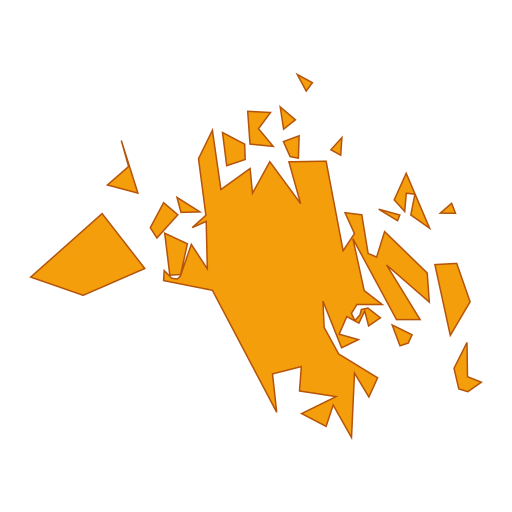 the district of Cat Hai, Quảng Ninh, Vietnam
{"feature_id": "81297802B5756602808944", "entity_name": "Cat Hai", "entity_type": "district", "adm_level": 2, "iso_a3": "VNM", "parent_name": "Vietnam", "parent_adm1": "Quảng Ninh", "projection": "equal_earth", "projection_center": [107.044, 20.763], "detail": "medium", "context": "isolated", "style": "filled", "palette": "amber", "viewbox_px": 512, "rotation_deg": 0, "n_neighbors": 0, "source": "geoboundaries", "source_scale": "gbopen_adm2", "svg_char_len": 1942}
<svg xmlns="http://www.w3.org/2000/svg" viewBox="0 0 512 512"><path d="M212.4,130.3L198.5,158.7L205.9,215.3L192.2,227.6L206.2,221.4L207.3,268.8L191.3,244.4L180.3,276.3L177.2,279.0L171.8,278.3L164.2,270.6L163.6,280.6L212.4,290.3L276.7,412.3L272.5,373.9L301.3,366.6L299.5,391.0L336.1,396.6L301.6,413.6L326.1,426.4L333.2,405.1L351.5,437.5L354.5,373.2L368.9,397.0L377.6,377.8L338.7,354.0L324.1,327.4L323.0,301.2L341.6,347.8L358.4,339.6L339.1,334.2L346.8,316.6L358.9,323.1L364.7,311.0L368.6,325.9L380.4,317.8L367.9,308.1L361.4,309.5L360.0,314.8L354.9,320.6L351.4,313.4L356.9,304.5L382.2,304.5L364.2,290.6L352.9,238.7L396.5,319.6L420.1,319.6L386.6,265.0L429.3,302.1L427.2,273.0L384.6,231.6L376.6,257.1L368.1,253.4L361.8,214.8L345.0,212.7L354.5,233.6L343.1,250.7L326.1,161.2L288.9,161.8L300.6,203.6L269.8,161.7L252.5,193.2L250.1,168.5L220.9,189.5L212.4,130.3ZM30.7,277.1L83.1,295.3L144.8,268.5L102.1,213.6L30.7,277.1ZM456.7,263.4L434.9,264.6L450.3,335.4L470.1,301.8L456.7,263.4ZM137.9,193.1L121.3,140.5L128.6,166.5L107.4,185.0L137.9,193.1ZM187.4,243.8L164.7,233.2L169.8,275.1L180.6,274.6L187.4,243.8ZM467.5,376.7L467.0,342.5L454.0,368.3L458.8,388.9L467.9,391.7L481.3,382.2L467.5,376.7ZM429.6,228.2L406.2,173.3L394.2,199.9L404.7,211.5L406.3,193.2L414.9,194.2L410.8,215.0L429.6,228.2ZM177.8,214.8L163.6,202.7L150.3,227.7L156.9,238.0L177.8,214.8ZM270.5,112.5L247.7,111.3L250.0,144.1L273.2,146.4L258.5,128.7L270.5,112.5ZM222.5,132.5L226.7,165.7L245.2,159.5L244.7,144.2L222.5,132.5ZM199.9,211.9L177.0,197.4L181.0,212.4L199.9,211.9ZM392.2,325.0L400.0,345.8L408.2,343.1L412.1,334.8L392.2,325.0ZM295.4,119.8L280.2,106.9L283.6,129.2L295.4,119.8ZM312.4,82.7L297.3,74.5L306.2,91.1L312.4,82.7ZM399.8,215.0L378.7,209.2L397.5,220.7L399.8,215.0ZM299.1,135.8L283.4,141.6L290.1,156.6L298.4,158.2L299.1,135.8ZM341.9,137.6L330.9,149.8L340.7,155.2L341.9,137.6ZM451.6,203.3L440.3,213.1L455.5,213.3L451.6,203.3Z" fill="#f59e0b" stroke="#b45309" stroke-width="1.5"/></svg>